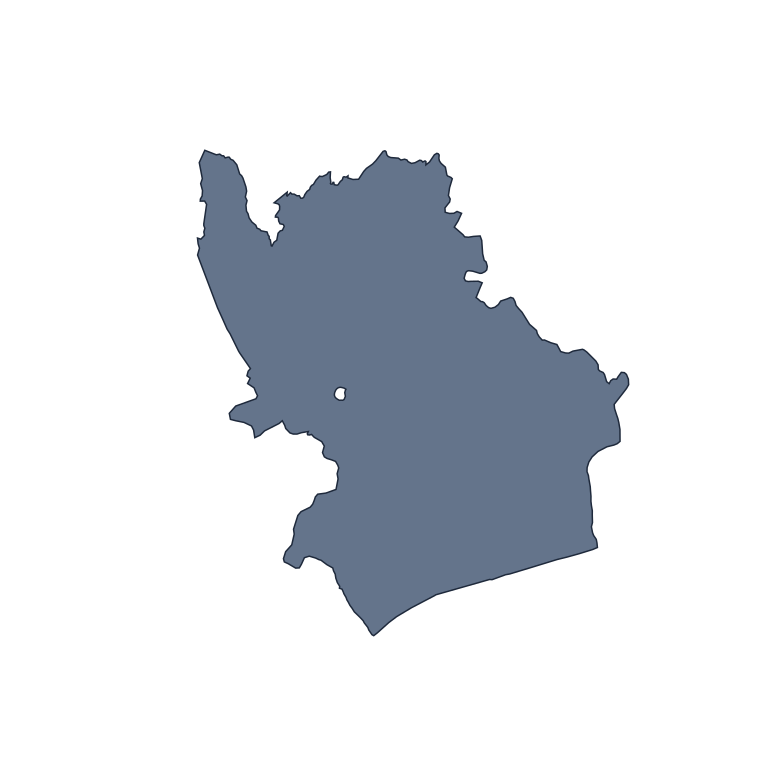 the district of Djugu, Orientale, Democratic Republic of the Congo, rotated 26°
{"feature_id": "63176286B65133649587609", "entity_name": "Djugu", "entity_type": "district", "adm_level": 2, "iso_a3": "COD", "parent_name": "Democratic Republic of the Congo", "parent_adm1": "Orientale", "projection": "natural_earth1", "projection_center": [30.241, 1.883], "detail": "fine", "context": "isolated", "style": "filled", "palette": "slate", "viewbox_px": 768, "rotation_deg": 26, "n_neighbors": 0, "source": "geoboundaries", "source_scale": "gbopen_adm2", "svg_char_len": 5535}
<svg xmlns="http://www.w3.org/2000/svg" viewBox="0 0 768 768"><g transform="rotate(26 384 384)"><path d="M366.3,554.1L369.1,558.3L371.6,569.0L369.1,577.8L370.2,585.1L372.4,587.6L376.7,587.5L385.3,588.2L388.5,586.4L388.8,582.3L388.6,575.0L392.3,571.5L398.9,570.4L402.4,570.4L404.6,570.0L411.8,571.4L418.6,571.8L420.5,574.0L423.5,576.3L425.8,579.6L429.2,583.0L432.8,585.2L433.5,587.1L436.2,586.8L438.6,588.8L439.9,590.1L441.4,591.1L443.5,592.5L445.3,594.3L447.2,595.5L450.6,598.0L453.7,599.6L457.2,601.8L461.6,603.2L464.3,604.1L469.1,605.9L470.9,607.3L476.2,609.9L478.2,611.8L483.1,614.6L485.1,614.7L487.1,610.6L492.9,596.3L497.3,587.6L506.8,573.0L522.4,551.8L522.8,550.9L559.8,517.7L564.6,513.4L566.9,512.5L576.9,502.1L580.3,499.6L596.7,484.4L616.5,465.9L624.3,459.4L634.0,450.8L644.1,441.3L647.5,437.4L645.1,433.5L642.9,430.6L638.9,428.3L636.7,426.3L633.0,421.4L632.1,417.1L628.5,410.2L626.8,406.6L623.7,402.3L621.4,398.7L619.2,394.1L616.1,388.9L614.4,385.9L609.6,379.3L607.9,376.7L605.0,373.9L604.9,373.8L603.2,370.1L602.3,364.2L602.7,361.0L603.0,358.3L605.9,350.8L611.9,342.7L617.4,338.1L619.8,335.4L621.3,332.1L616.0,321.4L612.0,315.8L609.3,312.5L606.4,309.6L602.0,305.0L599.8,301.4L602.2,290.1L602.7,287.8L603.9,281.8L604.2,277.4L601.5,272.5L597.7,269.1L595.1,268.4L592.2,269.5L591.2,275.0L591.0,277.7L587.7,279.1L586.3,281.7L586.2,285.0L583.1,284.3L578.0,278.8L575.9,277.6L572.2,277.7L570.3,277.0L568.0,272.9L564.3,270.5L552.4,266.4L548.9,265.7L547.2,265.8L539.4,271.6L536.6,275.2L533.7,276.5L528.6,277.4L522.1,272.7L515.7,273.8L509.0,274.1L507.0,275.2L502.9,273.6L499.7,271.5L497.6,269.0L488.7,266.6L476.6,259.0L472.0,257.2L468.3,255.5L465.5,252.4L462.6,250.3L459.9,250.6L457.3,253.6L452.5,258.3L452.0,262.4L450.1,266.3L447.0,269.1L444.6,269.5L441.4,268.7L438.4,267.0L436.5,266.8L434.9,267.4L430.4,266.2L428.9,266.0L428.1,254.6L427.9,250.0L423.7,250.3L417.0,253.7L414.7,255.0L412.0,255.6L409.7,253.9L408.9,249.9L408.7,247.5L409.3,246.0L410.5,245.0L414.3,243.7L421.7,242.5L423.3,241.6L425.5,238.8L426.3,236.4L425.3,233.0L422.2,229.5L419.8,228.9L415.5,223.6L415.0,222.7L408.9,212.1L405.5,208.8L399.6,212.2L395.5,215.1L392.0,216.4L389.6,215.2L378.4,212.2L379.1,205.1L379.1,204.3L379.0,200.3L378.9,196.6L374.0,196.9L372.0,199.9L368.1,202.0L365.6,202.5L363.7,202.8L361.6,199.0L362.4,195.2L363.2,191.6L362.4,188.7L359.3,186.4L356.9,178.8L355.4,169.6L353.7,169.0L350.7,169.1L350.1,169.2L348.9,168.6L344.1,162.2L338.6,160.7L336.0,159.2L334.4,157.1L333.2,154.0L331.9,153.3L330.4,153.5L328.8,155.9L327.6,164.5L325.6,168.7L324.2,165.7L323.1,165.5L321.4,167.5L321.1,167.3L319.6,166.8L318.0,167.2L314.9,171.5L312.0,173.7L308.1,173.6L306.5,172.6L304.0,172.9L301.0,175.3L297.9,174.7L290.8,177.5L288.1,177.7L286.1,176.8L283.9,174.2L282.6,174.0L281.2,175.3L278.8,186.8L277.3,191.4L273.7,197.9L272.6,201.8L271.4,211.1L266.4,213.8L261.2,214.6L260.4,212.7L259.3,214.7L257.2,215.2L256.6,216.1L257.0,218.7L256.3,220.3L255.9,221.4L255.4,225.0L254.7,225.9L251.9,226.7L250.5,224.8L250.2,224.9L249.8,225.1L249.9,226.8L248.8,227.6L248.5,227.5L247.9,227.2L247.8,226.0L245.2,222.2L242.9,216.8L241.4,217.8L240.7,220.8L237.6,224.6L235.6,225.3L235.0,225.4L233.5,230.6L233.1,235.5L231.9,237.3L231.5,239.4L231.9,241.7L230.4,244.6L229.8,248.4L230.0,251.2L229.3,252.7L227.8,253.5L225.3,251.9L223.3,253.0L220.1,252.7L217.9,253.7L216.1,253.0L214.6,257.5L214.0,257.4L213.2,254.8L212.9,254.0L205.8,269.3L206.4,269.2L209.5,268.6L211.1,268.8L212.3,270.0L213.8,273.3L212.7,280.2L213.0,281.0L213.2,281.6L214.2,281.2L215.3,280.7L216.3,281.1L217.9,283.7L220.3,285.6L222.6,285.0L223.6,284.8L225.2,286.0L225.3,290.4L224.9,290.7L223.6,291.9L222.7,294.9L224.6,301.8L223.0,304.8L222.9,309.1L222.1,309.2L219.7,305.8L218.7,304.3L217.2,303.8L216.0,301.6L214.7,301.1L212.2,298.6L210.9,299.0L206.2,300.2L204.5,299.4L201.5,299.6L200.1,298.3L199.2,297.5L194.2,296.3L189.9,293.8L187.1,290.5L184.7,289.0L181.5,283.8L180.5,279.2L177.4,276.7L176.4,272.6L176.0,270.9L173.5,267.4L167.0,260.8L164.7,259.2L162.2,258.5L155.6,251.5L150.3,249.1L147.6,249.2L145.6,248.0L144.4,248.4L142.1,250.4L139.8,249.2L139.2,249.5L138.5,249.8L138.4,249.9L135.6,249.4L134.7,250.1L132.8,251.5L120.5,252.5L120.9,266.0L125.7,272.4L130.7,279.1L131.4,284.3L136.1,289.7L138.1,294.7L137.9,298.3L138.7,300.2L142.6,298.2L143.2,298.6L145.8,300.3L151.8,319.0L152.6,320.6L154.7,322.5L155.4,326.3L156.9,328.3L157.5,329.2L155.9,334.1L152.4,334.6L155.5,339.5L158.6,342.8L159.9,349.8L187.1,375.4L201.0,388.5L210.7,396.5L219.0,403.5L223.7,406.4L238.9,418.2L241.1,419.6L244.5,421.5L257.2,428.7L256.3,432.0L257.2,436.7L261.2,437.4L261.2,443.4L268.9,444.4L272.3,447.5L275.5,450.0L275.4,453.4L260.4,468.8L257.8,478.2L261.5,483.1L266.9,482.0L275.0,479.9L283.3,479.8L287.0,482.6L291.4,488.9L295.1,484.3L297.2,478.5L307.0,465.5L308.7,461.6L312.9,464.7L315.2,467.1L320.9,469.2L324.3,468.8L327.8,467.1L331.2,463.9L336.8,459.9L336.9,462.4L337.7,463.1L339.4,462.5L341.0,461.1L343.3,462.0L344.7,462.5L349.5,462.8L353.3,463.1L355.0,464.3L357.5,465.9L358.8,472.6L362.3,475.6L365.5,475.9L369.8,475.2L374.4,474.8L378.1,477.3L380.1,479.3L381.2,485.2L384.3,489.4L387.1,499.8L379.6,507.5L372.7,512.1L371.8,515.6L372.3,519.0L372.6,523.2L371.7,527.0L365.4,535.1L364.2,539.9L366.3,553.9L366.3,554.1ZM349.0,418.1L347.2,417.8L345.4,417.0L344.3,415.8L343.7,414.4L343.4,413.0L343.3,410.7L343.7,408.9L344.4,407.6L345.4,406.6L346.6,405.9L348.3,405.5L349.9,405.2L351.7,405.3L352.1,405.4L352.0,406.2L352.5,409.0L354.7,412.0L354.9,415.4L354.8,415.7L353.9,416.8L352.6,417.3L351.0,418.2L349.0,418.1Z" fill="#64748b" stroke="#1e293b" stroke-width="1.5"/></g></svg>